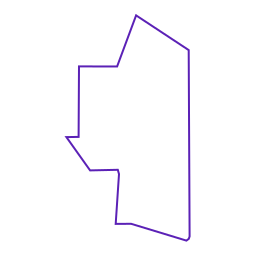 Fada, Ennedi, Chad
{"feature_id": "50815135B99861554638026", "entity_name": "Fada", "entity_type": "district", "adm_level": 2, "iso_a3": "TCD", "parent_name": "Chad", "parent_adm1": "Ennedi", "projection": "equal_earth", "projection_center": [20.845, 18.83], "detail": "fine", "context": "isolated", "style": "outline", "palette": "violet", "viewbox_px": 256, "rotation_deg": 0, "n_neighbors": 0, "source": "geoboundaries", "source_scale": "gbopen_adm2", "svg_char_len": 322}
<svg xmlns="http://www.w3.org/2000/svg" viewBox="0 0 256 256"><path d="M115.7,223.9L131.1,223.8L186.4,240.6L188.8,238.8L189.6,236.4L188.7,50.1L136.1,15.4L117.1,66.5L79.0,66.4L78.6,136.9L66.4,137.1L85.6,164.1L90.1,170.4L117.8,169.8L119.0,174.1L115.7,223.9L115.7,223.9Z" fill="none" stroke="#5b21b6" stroke-width="2"/></svg>